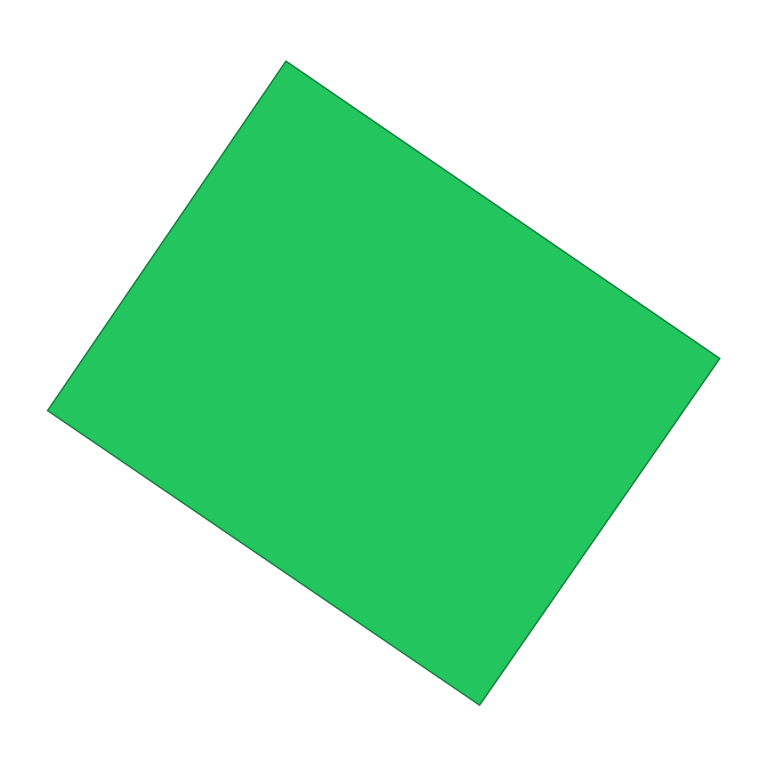 the district of Trenel, La Pampa, Argentina, rotated 214°
{"feature_id": "61730980B26408179177195", "entity_name": "Trenel", "entity_type": "district", "adm_level": 2, "iso_a3": "ARG", "parent_name": "Argentina", "parent_adm1": "La Pampa", "projection": "mercator", "projection_center": [-64.18, -35.632], "detail": "fine", "context": "isolated", "style": "filled", "palette": "green", "viewbox_px": 768, "rotation_deg": 214, "n_neighbors": 0, "source": "geoboundaries", "source_scale": "gbopen_adm2", "svg_char_len": 459}
<svg xmlns="http://www.w3.org/2000/svg" viewBox="0 0 768 768"><g transform="rotate(214 384 384)"><path d="M119.9,592.9L124.6,592.9L381.1,594.9L483.8,595.6L540.0,596.0L645.6,596.8L645.8,596.8L646.5,454.5L647.1,346.8L647.7,241.3L648.0,175.2L648.1,174.7L648.1,173.9L647.0,173.9L645.6,173.8L546.0,173.3L388.4,172.5L233.9,171.7L125.2,171.2L124.3,241.0L121.8,445.6L120.8,521.3L120.6,540.2L119.9,592.9Z" fill="#22c55e" stroke="#15803d" stroke-width="1.5"/></g></svg>